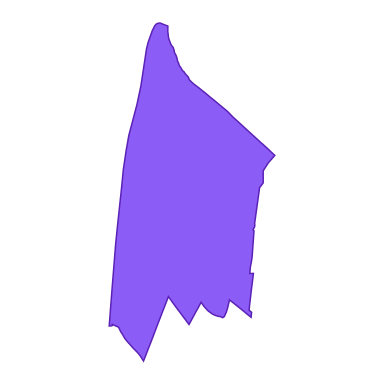 the district of An Minh, Kiên Giang, Vietnam
{"feature_id": "81297802B42244354568951", "entity_name": "An Minh", "entity_type": "district", "adm_level": 2, "iso_a3": "VNM", "parent_name": "Vietnam", "parent_adm1": "Kiên Giang", "projection": "equal_earth", "projection_center": [104.944, 9.672], "detail": "fine", "context": "isolated", "style": "filled", "palette": "violet", "viewbox_px": 384, "rotation_deg": 0, "n_neighbors": 0, "source": "geoboundaries", "source_scale": "gbopen_adm2", "svg_char_len": 2921}
<svg xmlns="http://www.w3.org/2000/svg" viewBox="0 0 384 384"><path d="M167.9,26.1L160.0,23.0L157.8,23.3L156.2,24.1L154.7,25.8L152.2,30.9L148.1,42.4L146.5,48.9L140.9,85.9L137.0,104.3L128.8,135.5L126.2,150.2L123.4,169.1L121.6,187.3L120.8,194.9L117.3,227.7L115.7,243.5L112.0,289.5L109.2,326.0L110.8,325.9L111.7,325.8L112.2,325.6L112.3,325.5L112.4,325.3L112.4,324.5L112.4,324.4L113.9,325.1L115.7,326.0L117.0,326.5L117.6,326.7L118.2,327.1L118.6,327.5L119.1,328.2L119.9,330.1L121.0,332.2L121.9,333.4L123.0,335.2L123.3,335.8L124.3,337.6L125.0,338.7L126.2,340.2L127.5,341.8L131.3,346.0L132.5,347.5L137.0,352.0L138.1,353.2L140.2,355.8L141.1,357.2L141.6,358.0L142.2,359.0L143.5,361.0L145.4,356.3L146.0,354.8L146.8,352.6L151.5,340.6L153.7,334.8L158.3,322.7L160.6,316.8L162.9,310.8L167.7,298.5L168.4,296.6L171.5,300.9L172.9,302.9L177.9,309.7L179.6,311.9L183.1,316.6L189.0,324.5L189.7,323.3L192.4,318.3L193.4,316.5L195.4,312.7L197.3,309.3L198.9,306.4L200.7,303.0L201.1,302.3L204.1,306.5L206.6,309.3L208.1,310.9L211.6,313.5L212.9,314.3L215.9,315.6L218.7,316.4L220.4,316.6L221.3,316.9L221.7,317.2L222.1,317.5L222.5,317.6L222.9,317.6L223.2,317.4L223.7,317.2L224.0,316.7L224.6,316.1L224.7,315.7L226.4,312.0L227.8,307.2L229.5,299.9L231.9,301.8L240.3,308.5L244.5,311.9L245.4,312.7L246.2,313.4L249.0,315.6L250.3,316.7L251.1,317.3L251.6,312.3L249.1,310.2L249.5,306.0L251.4,289.7L252.8,278.8L253.4,273.4L249.8,273.5L249.9,272.8L250.3,267.4L251.4,261.9L252.1,257.2L253.5,237.8L254.0,230.8L253.1,229.8L253.5,229.0L254.6,226.8L254.7,226.3L254.8,225.8L254.8,225.0L254.8,224.7L254.7,224.2L254.7,223.8L254.7,223.0L256.3,211.4L259.6,187.7L263.2,182.9L263.2,170.8L268.3,162.9L274.8,155.4L269.8,150.7L269.1,150.0L262.8,144.2L261.5,143.2L255.0,137.2L248.1,130.9L243.7,126.9L240.7,124.1L238.3,121.9L232.9,117.0L227.8,111.7L226.6,110.7L221.8,106.7L217.0,102.7L212.2,98.7L210.6,97.5L207.1,94.5L206.2,93.7L205.2,92.9L202.0,90.4L199.8,88.6L196.8,86.3L195.6,85.4L193.7,83.9L191.9,82.3L190.2,80.6L189.5,80.0L189.4,79.8L189.3,79.6L189.2,79.4L189.1,79.1L188.8,78.3L188.3,77.2L188.1,76.8L187.9,76.5L187.7,76.4L187.2,75.8L186.7,75.3L186.1,74.7L185.7,74.2L185.2,73.6L184.4,72.4L184.0,71.8L183.7,71.5L183.3,71.2L182.8,70.8L182.3,70.2L182.0,69.8L181.7,69.2L181.4,68.6L180.7,67.5L180.5,67.1L179.9,66.4L179.6,66.0L179.3,65.5L179.1,65.1L179.0,64.6L178.9,64.1L178.7,63.6L178.6,63.2L178.5,62.8L178.3,62.5L178.0,61.9L177.7,61.5L177.6,61.2L177.5,60.9L177.4,60.3L177.3,59.6L177.2,59.0L177.0,58.5L176.8,57.6L176.5,56.6L176.2,55.9L176.0,55.5L175.9,55.1L175.7,54.8L175.4,54.2L174.9,53.4L174.6,52.7L174.4,51.9L174.1,50.3L173.8,49.3L173.5,48.5L173.4,48.0L173.1,47.5L172.9,47.1L172.7,46.8L172.4,46.5L171.9,45.9L171.5,45.3L171.2,44.7L170.9,44.2L170.6,43.6L170.4,43.0L169.8,41.5L169.1,39.5L168.8,38.7L168.6,37.9L168.5,37.3L168.4,36.6L168.3,36.0L168.2,34.8L168.1,33.5L167.9,32.4L167.8,31.3L167.8,30.1L167.8,29.3L167.9,26.1Z" fill="#8b5cf6" stroke="#5b21b6" stroke-width="1.5"/></svg>